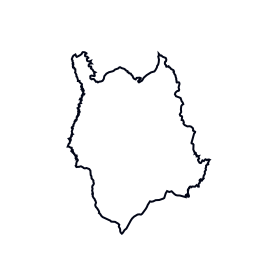 the district of Buta, Orientale, Democratic Republic of the Congo, rotated 59°
{"feature_id": "63176286B70684258400559", "entity_name": "Buta", "entity_type": "district", "adm_level": 2, "iso_a3": "COD", "parent_name": "Democratic Republic of the Congo", "parent_adm1": "Orientale", "projection": "mercator", "projection_center": [25.009, 2.835], "detail": "fine", "context": "isolated", "style": "outline", "palette": "ink", "viewbox_px": 256, "rotation_deg": 59, "n_neighbors": 0, "source": "geoboundaries", "source_scale": "gbopen_adm2", "svg_char_len": 5766}
<svg xmlns="http://www.w3.org/2000/svg" viewBox="0 0 256 256"><g transform="rotate(59 128 128)"><path d="M109.8,184.9L110.8,185.6L111.1,187.0L112.9,189.3L113.5,188.3L115.1,187.4L115.9,186.5L116.7,187.1L118.4,186.7L118.7,187.5L118.4,188.1L118.6,188.5L119.4,188.3L119.6,187.2L119.9,187.2L120.9,188.0L122.1,187.2L122.8,187.7L123.4,187.4L124.1,187.5L124.8,186.6L125.3,187.5L125.9,187.8L126.2,187.0L127.0,188.2L127.5,187.6L127.8,187.7L128.3,188.5L128.9,187.5L129.6,187.5L130.0,187.8L130.5,189.3L132.0,190.8L133.1,191.4L133.4,192.3L134.5,192.4L135.0,192.2L135.7,190.5L136.1,190.1L136.4,188.5L136.8,187.9L138.9,186.7L139.5,186.6L140.4,185.8L140.9,184.2L142.3,183.1L143.2,182.4L145.2,182.2L149.1,184.2L150.5,184.2L152.5,185.2L154.9,184.7L155.5,184.8L156.2,185.4L157.7,185.7L158.3,186.1L159.1,187.5L159.1,188.0L159.8,188.8L160.7,189.4L161.5,189.5L162.7,190.4L163.0,190.9L165.9,191.7L166.2,191.9L165.9,192.4L166.2,192.7L167.3,192.7L168.3,193.4L169.9,193.5L172.0,193.2L172.6,193.5L173.7,193.4L175.6,193.9L176.9,195.6L177.7,196.0L179.1,196.2L181.5,195.7L182.0,195.9L183.5,195.7L185.4,196.0L185.9,196.7L187.6,196.1L189.5,196.1L191.3,195.6L198.4,190.8L199.6,190.6L201.8,187.4L204.9,185.7L206.4,185.3L207.8,186.7L209.8,186.7L210.8,186.9L212.3,187.8L213.9,188.1L215.4,187.7L215.1,186.3L213.7,183.5L213.4,181.2L208.7,173.2L207.7,171.1L207.1,168.5L207.1,164.4L207.8,162.8L208.9,161.5L208.8,160.0L206.4,154.2L205.3,152.3L204.1,150.7L202.2,146.9L203.3,145.8L203.9,144.1L204.1,141.5L205.8,138.3L206.7,134.0L206.6,132.9L203.4,129.3L202.2,127.0L204.1,125.6L204.7,123.2L208.3,122.3L210.0,121.6L211.1,120.6L212.6,118.3L216.9,114.2L216.2,113.9L215.2,112.9L215.2,111.9L217.4,112.3L218.1,111.5L218.1,111.1L217.6,110.7L214.6,110.1L213.1,109.2L212.7,108.7L212.2,108.8L211.6,108.3L211.3,107.6L211.3,106.6L210.6,106.4L210.2,105.1L210.4,104.6L211.4,104.1L211.2,103.1L212.8,100.8L212.3,98.6L213.1,98.4L213.5,98.0L214.2,98.2L214.7,97.6L214.3,97.2L213.2,97.0L212.4,96.2L212.0,95.7L212.0,94.8L211.3,94.1L209.7,93.6L209.4,93.1L209.4,92.2L210.7,92.6L211.2,91.9L211.1,91.6L210.4,91.7L210.2,91.5L210.5,89.9L210.2,89.1L209.6,89.2L207.8,87.6L207.2,86.2L206.6,85.5L204.9,84.7L204.0,82.7L202.5,82.3L202.0,81.4L200.4,80.4L200.2,78.9L200.5,78.0L200.4,77.8L199.5,78.0L198.2,75.9L197.4,75.5L197.3,74.4L196.8,74.7L196.3,75.6L196.1,77.0L194.8,77.6L194.7,77.8L195.4,80.0L194.1,80.9L195.5,83.3L195.4,83.9L194.6,84.6L191.9,84.6L191.1,84.2L190.9,82.8L188.9,82.5L188.5,81.7L187.7,83.7L186.8,83.1L186.4,83.5L184.6,82.9L184.4,84.0L183.6,83.1L182.8,83.5L180.1,83.1L176.0,80.4L175.0,80.5L173.9,81.4L173.5,81.3L166.7,74.1L166.4,72.9L165.8,72.4L163.7,73.6L162.7,72.8L161.5,72.5L159.2,73.3L158.2,74.3L157.2,76.3L154.7,77.9L153.2,78.2L152.6,78.1L151.9,77.2L149.8,76.8L148.8,77.9L146.4,75.9L145.6,75.8L144.4,76.9L143.0,76.6L141.7,74.2L139.2,73.0L136.7,71.1L136.1,69.9L136.0,68.3L134.3,68.0L132.6,68.2L129.5,67.5L128.1,68.4L125.5,70.5L123.2,70.4L122.2,69.2L121.8,67.8L121.7,66.4L122.2,65.5L122.1,65.0L121.5,64.4L119.2,63.7L116.8,61.2L115.9,60.8L115.0,60.9L114.1,62.7L113.5,62.7L112.5,62.0L111.4,61.8L110.6,61.2L108.7,60.8L107.3,60.2L105.6,60.4L104.4,60.1L103.4,60.2L103.1,59.4L101.8,59.3L99.5,60.7L97.9,60.8L97.1,61.5L95.9,61.4L95.5,63.2L95.1,63.6L93.8,63.1L92.5,63.4L91.3,63.0L90.3,62.0L90.4,61.2L89.6,60.3L88.8,59.8L87.4,59.6L84.6,61.7L83.1,62.0L82.6,63.0L80.2,63.4L81.7,64.1L82.2,65.2L85.3,66.2L87.6,67.9L89.3,69.6L89.7,70.9L91.0,72.1L92.6,74.9L93.1,76.3L92.2,79.6L92.3,84.7L93.0,88.5L94.6,91.5L94.6,94.9L94.3,95.3L93.1,95.2L92.7,94.3L92.3,91.9L91.9,91.4L90.9,92.0L89.5,94.8L90.3,96.4L89.2,97.3L87.9,97.6L85.3,97.3L84.2,97.7L82.9,97.6L81.6,98.9L80.8,98.8L80.0,99.6L79.1,99.1L77.3,100.3L76.6,100.2L75.2,100.9L73.5,102.5L71.8,103.5L71.6,104.2L71.9,105.9L71.2,109.0L71.6,110.8L71.5,111.9L70.4,115.5L70.3,118.5L71.4,121.6L73.4,123.4L74.4,125.3L74.4,126.0L74.1,127.5L73.5,128.6L73.4,130.3L72.2,130.7L72.0,131.6L68.6,132.0L67.9,132.7L67.5,134.2L66.2,134.7L64.2,133.7L64.1,133.0L64.2,132.3L66.2,130.2L66.2,129.7L65.8,129.4L63.9,129.0L63.5,128.7L63.5,127.3L61.8,128.4L59.8,128.3L57.9,129.1L57.0,128.1L56.3,128.0L55.0,129.8L54.5,129.8L53.6,129.1L53.3,128.5L53.3,127.0L53.9,126.0L52.2,126.4L51.3,125.2L51.0,126.9L50.4,127.7L49.2,128.4L47.6,127.7L47.4,125.9L46.0,126.2L44.4,127.7L43.6,127.5L42.8,126.8L42.8,125.2L42.5,125.1L40.8,126.1L39.7,127.6L39.8,128.3L40.7,129.7L40.9,131.6L40.7,135.3L40.2,135.5L37.9,135.2L37.9,137.5L38.4,138.6L39.9,140.6L40.5,140.9L41.6,140.7L42.5,141.4L44.0,141.4L44.3,141.6L44.4,142.4L45.0,142.6L45.0,142.0L45.6,142.2L46.6,143.5L47.1,143.5L47.8,144.0L48.1,143.9L48.5,143.1L49.2,143.1L49.7,143.4L50.5,142.9L52.6,144.1L53.0,144.7L55.8,144.8L57.3,145.7L58.2,145.4L61.4,146.3L61.9,146.7L62.7,145.3L63.9,145.9L66.6,144.9L67.5,145.4L68.1,146.8L68.5,147.0L69.2,146.2L69.6,146.4L70.5,147.5L70.8,146.6L71.1,146.5L71.6,147.5L71.9,147.5L72.5,146.6L73.0,146.6L73.2,147.0L73.0,147.9L74.2,147.6L75.0,148.7L75.4,148.7L76.4,148.0L76.6,148.4L75.7,149.1L75.8,149.7L76.4,150.7L76.7,150.3L77.0,150.3L78.4,152.4L79.3,152.9L78.6,153.2L78.2,153.7L78.7,154.5L79.0,154.1L80.5,153.7L80.9,154.9L81.6,155.6L82.5,155.5L82.2,157.2L82.6,157.7L82.5,158.3L83.3,158.6L84.1,158.0L84.5,158.1L84.8,158.6L84.6,159.3L85.1,160.0L85.0,161.0L85.6,161.1L86.4,160.6L87.6,161.7L87.8,161.1L88.4,161.7L88.7,161.0L89.1,161.0L89.7,161.6L89.7,162.1L89.2,162.6L89.4,162.9L90.4,163.7L90.7,163.0L91.3,163.3L91.2,164.4L91.5,165.1L92.0,164.8L92.5,165.9L92.4,166.5L94.4,167.6L94.0,168.8L94.3,169.3L94.8,168.9L95.0,169.0L94.9,170.5L95.9,171.0L97.2,173.3L98.1,173.6L98.5,175.8L98.9,176.2L99.2,176.2L99.5,175.4L99.9,175.4L102.0,178.0L103.9,178.5L104.2,179.2L104.9,178.7L105.0,179.9L105.3,180.4L105.6,180.1L106.0,180.3L106.7,182.4L107.3,182.6L106.7,184.3L108.3,184.2L108.1,183.3L108.6,183.1L109.2,183.6L109.8,184.9Z" fill="none" stroke="#020617" stroke-width="2"/></g></svg>